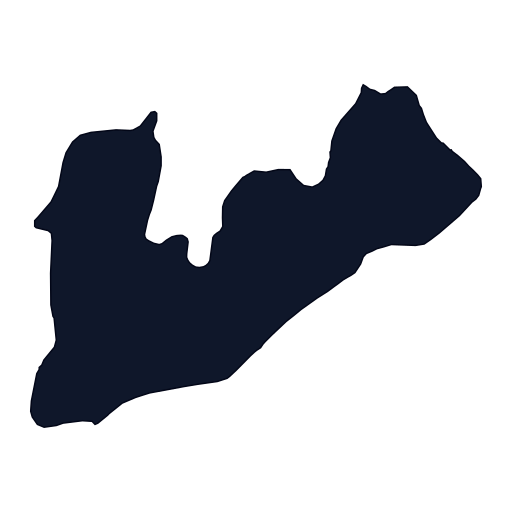 the district of San Pablo, San Marcos, Guatemala
{"feature_id": "79465075B73669305526668", "entity_name": "San Pablo", "entity_type": "district", "adm_level": 2, "iso_a3": "GTM", "parent_name": "Guatemala", "parent_adm1": "San Marcos", "projection": "natural_earth1", "projection_center": [-91.953, 14.976], "detail": "fine", "context": "isolated", "style": "filled", "palette": "ink", "viewbox_px": 512, "rotation_deg": 0, "n_neighbors": 0, "source": "geoboundaries", "source_scale": "gbopen_adm2", "svg_char_len": 2481}
<svg xmlns="http://www.w3.org/2000/svg" viewBox="0 0 512 512"><path d="M260.6,347.7L262.9,344.2L265.1,341.7L271.9,334.9L286.1,321.5L293.6,315.6L301.0,309.5L308.3,304.3L317.1,298.0L327.7,291.3L333.2,287.2L338.3,283.5L343.0,279.9L347.5,277.2L350.8,275.4L354.9,272.6L360.6,264.0L363.2,256.9L366.3,253.5L372.1,251.1L376.8,248.7L383.5,246.9L391.3,244.5L415.5,245.4L424.2,244.0L430.7,239.5L439.3,232.9L459.4,215.6L471.9,202.1L475.8,199.1L478.7,195.3L480.6,188.5L481.3,186.7L480.7,178.7L477.6,174.9L473.0,170.2L468.7,166.2L464.5,161.5L457.7,155.6L452.2,151.4L451.2,149.8L450.0,150.0L443.2,143.2L441.3,142.9L436.4,138.0L427.4,124.0L426.3,122.2L423.3,114.5L421.4,108.3L419.2,105.6L416.3,95.4L407.4,86.9L394.5,87.3L390.3,90.2L388.2,91.5L385.6,93.6L380.6,94.1L374.6,90.5L369.8,89.3L365.9,86.4L363.2,84.8L361.6,88.2L361.3,92.7L359.2,96.8L355.7,103.7L341.2,120.2L336.2,128.7L331.9,141.0L330.9,150.9L330.0,152.0L330.4,157.7L328.6,162.5L328.1,166.7L326.5,169.1L325.4,175.8L323.0,180.3L318.6,184.2L312.3,187.1L303.6,185.5L296.1,178.9L290.0,169.7L278.3,169.6L266.2,172.2L254.2,171.0L246.4,175.4L245.0,176.5L242.9,177.4L235.4,186.2L231.6,190.8L224.7,200.6L222.7,206.8L222.5,217.8L222.8,226.5L220.1,231.1L216.7,233.3L214.2,235.4L212.9,237.5L209.9,260.6L208.3,263.4L206.0,265.5L203.5,266.8L199.4,267.5L195.7,267.1L192.3,265.2L189.5,262.8L187.7,260.1L186.6,257.3L186.7,253.8L188.1,241.9L187.2,238.7L185.5,237.3L183.9,236.3L182.6,235.5L180.9,235.3L176.7,235.6L171.9,236.8L166.4,240.2L162.1,243.7L159.2,244.6L153.7,243.3L148.5,240.7L146.1,239.1L144.9,236.8L144.5,234.4L147.5,220.3L149.4,214.2L151.1,210.0L153.5,200.5L156.6,186.2L158.2,181.6L161.1,165.8L161.1,156.9L159.2,144.4L155.4,140.3L153.8,137.4L152.9,131.2L156.7,120.8L156.7,113.3L154.8,111.6L151.1,112.3L140.3,126.1L133.2,130.0L130.1,130.5L116.0,129.9L91.0,132.4L80.3,135.3L72.6,142.0L66.1,152.7L63.1,162.5L58.6,186.5L54.4,195.2L51.1,201.9L37.7,217.5L34.7,220.6L34.7,226.3L36.2,227.7L48.2,230.6L51.4,233.3L52.1,240.6L50.6,273.2L50.9,305.0L53.0,316.3L54.1,318.0L56.3,340.1L54.4,347.2L43.9,360.0L41.8,365.1L39.2,367.4L39.2,369.5L36.8,373.6L31.4,400.9L30.7,411.3L32.3,417.0L37.4,424.4L44.1,427.2L56.3,425.5L63.1,423.1L82.4,420.7L92.1,421.3L95.0,424.4L97.8,423.2L107.6,415.2L109.0,413.7L122.2,403.1L135.6,397.4L142.7,395.1L149.7,392.9L183.6,386.6L197.5,384.3L217.3,381.5L227.1,378.3L229.6,376.4L233.0,373.2L236.0,370.4L245.5,360.8L250.3,355.9L254.5,352.0L256.9,350.1L259.4,348.5L260.6,347.7Z" fill="#0f172a" stroke="#020617" stroke-width="1.5"/></svg>